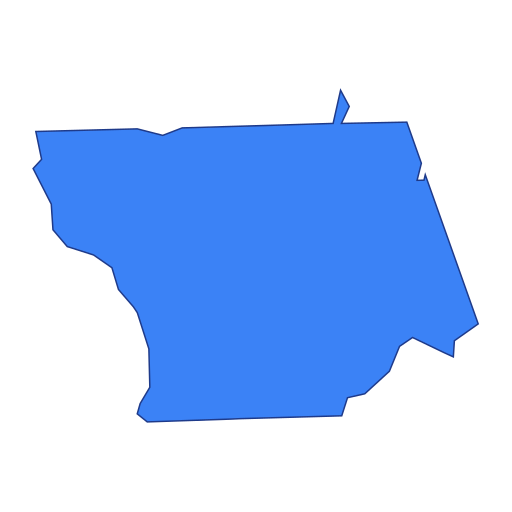 Coweta, Georgia, United States of America, rotated 178°
{"feature_id": "52423323B16725270488518", "entity_name": "Coweta", "entity_type": "district", "adm_level": 2, "iso_a3": "USA", "parent_name": "United States of America", "parent_adm1": "Georgia", "projection": "albers", "projection_center": [-84.751, 33.351], "detail": "fine", "context": "isolated", "style": "filled", "palette": "blue", "viewbox_px": 512, "rotation_deg": 178, "n_neighbors": 0, "source": "geoboundaries", "source_scale": "gbopen_adm2", "svg_char_len": 675}
<svg xmlns="http://www.w3.org/2000/svg" viewBox="0 0 512 512"><g transform="rotate(178 256 256)"><path d="M475.7,351.2L458.8,315.0L458.0,289.3L444.3,272.0L418.3,262.7L400.4,249.3L394.6,227.3L380.3,209.5L376.6,203.5L366.3,166.9L366.7,128.5L376.9,112.6L380.2,102.4L370.5,94.0L285.8,93.9L277.7,94.0L175.9,93.3L169.5,111.2L152.1,114.5L126.7,136.2L115.7,160.7L102.4,169.1L71.5,152.9L62.3,148.3L60.7,164.4L36.3,180.4L84.0,331.3L85.5,325.9L92.4,326.0L87.5,342.9L100.6,384.5L106.4,384.6L166.0,385.5L157.6,402.2L165.7,418.7L174.3,385.8L222.8,386.0L325.3,386.6L345.0,379.8L370.2,387.2L471.7,388.1L466.9,360.1L475.7,351.2Z" fill="#3b82f6" stroke="#1e3a8a" stroke-width="1.5"/></g></svg>